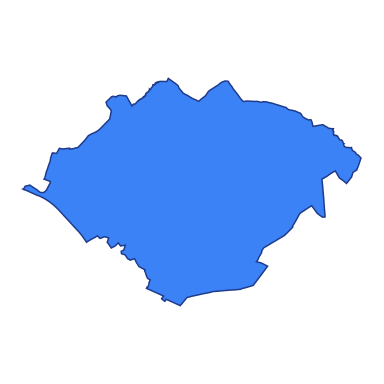 Cēres pag., Kandavas, Latvia (orthographic projection)
{"feature_id": "27541924B40515635146837", "entity_name": "Cēres pag.", "entity_type": "district", "adm_level": 2, "iso_a3": "LVA", "parent_name": "Latvia", "parent_adm1": "Kandavas", "projection": "orthographic", "projection_center": [22.846, 57.111], "detail": "fine", "context": "isolated", "style": "filled", "palette": "blue", "viewbox_px": 384, "rotation_deg": 0, "n_neighbors": 0, "source": "geoboundaries", "source_scale": "gbopen_adm2", "svg_char_len": 5745}
<svg xmlns="http://www.w3.org/2000/svg" viewBox="0 0 384 384"><path d="M165.0,301.2L166.1,299.3L167.0,299.7L169.1,300.6L180.2,305.6L180.3,305.3L181.5,304.2L187.0,297.5L192.9,296.0L199.5,294.6L201.8,294.0L209.8,292.5L212.8,291.6L216.6,291.3L229.7,290.1L234.6,289.9L238.8,289.4L240.1,289.4L242.3,288.5L246.8,287.4L248.6,286.8L253.2,285.4L260.8,275.4L267.6,266.2L263.8,264.2L261.1,262.9L256.4,261.7L258.0,259.6L259.1,256.8L259.2,256.7L261.6,252.7L261.9,250.6L263.6,247.9L266.5,246.2L271.1,243.4L284.4,235.5L286.2,233.8L291.1,228.9L292.8,227.0L292.5,226.3L295.4,221.5L297.5,217.7L298.6,215.6L300.0,213.3L307.5,208.3L311.7,205.7L317.1,213.2L320.2,215.6L322.5,217.1L325.0,217.0L325.0,215.1L324.4,208.5L324.1,204.6L323.8,199.6L322.8,188.0L322.5,184.7L321.9,179.3L321.9,179.1L323.7,178.2L323.9,178.1L324.1,178.0L324.0,177.8L326.6,176.5L331.1,173.3L333.0,172.2L335.3,170.9L339.4,178.0L342.3,180.0L342.5,180.1L345.6,182.7L345.9,182.9L346.5,183.5L347.5,182.3L351.6,177.0L352.7,173.2L353.0,172.4L354.3,171.6L356.8,169.9L356.7,169.6L356.8,169.6L358.1,166.6L361.0,158.1L360.9,158.0L359.2,156.1L358.2,155.1L356.9,154.5L356.3,154.0L356.0,153.8L355.9,153.3L355.6,152.7L354.9,152.0L353.5,151.1L352.7,150.7L352.3,150.3L351.9,149.0L351.7,148.5L351.6,148.2L351.5,147.5L350.5,147.8L348.1,147.4L346.5,147.6L346.2,147.5L344.7,146.7L344.0,145.8L343.8,145.0L343.5,144.2L344.0,143.7L343.5,143.5L343.1,142.6L342.4,140.8L341.6,140.0L341.2,140.2L339.7,139.9L339.2,139.1L339.2,138.9L338.9,138.5L338.9,138.3L338.4,137.8L337.6,136.3L337.3,136.0L337.0,136.1L336.8,135.6L336.5,135.5L336.4,135.7L336.0,135.8L335.5,135.4L335.3,135.2L334.7,135.3L333.8,135.2L333.7,134.7L333.8,134.2L333.5,134.1L333.4,133.4L333.5,132.4L333.8,132.0L333.5,131.8L333.2,131.1L333.3,130.6L333.1,130.4L333.2,130.2L332.7,129.8L332.7,129.4L332.8,129.1L333.2,128.9L333.3,128.7L330.7,128.6L329.6,128.3L328.7,128.3L325.9,126.4L324.8,126.2L324.3,125.5L322.8,124.7L317.4,125.6L313.0,126.4L312.7,125.3L311.9,121.8L310.9,119.7L308.5,120.0L306.9,119.1L306.4,119.2L304.6,117.9L303.4,117.3L302.3,116.3L301.4,114.4L300.2,113.1L299.5,112.9L297.5,112.1L295.4,111.0L293.6,110.8L293.1,110.5L291.2,110.1L290.0,110.0L288.7,109.7L288.2,109.4L286.9,108.4L286.2,107.5L283.6,106.8L278.6,105.2L277.2,104.8L271.8,103.1L270.1,102.8L268.0,102.3L266.7,101.9L264.7,101.8L263.8,101.6L260.8,102.3L260.0,102.1L258.4,101.6L257.6,101.4L254.1,101.4L246.5,101.0L243.5,101.6L242.9,101.1L241.4,99.6L240.0,97.8L237.8,94.7L236.2,92.6L234.8,90.9L233.9,89.7L233.1,88.7L231.8,86.4L231.0,85.5L230.2,84.5L228.9,82.5L228.2,81.3L226.8,81.1L224.9,81.0L221.3,82.4L219.8,83.6L218.5,84.8L214.8,87.1L212.2,88.8L210.8,89.6L208.3,91.5L207.7,92.6L206.1,94.9L205.0,96.2L201.6,98.7L200.6,99.6L199.1,101.0L198.5,101.4L197.7,100.8L196.7,100.3L195.7,99.9L192.3,98.4L189.9,96.9L187.2,95.2L185.2,94.4L182.8,92.8L181.7,91.2L180.5,90.0L179.0,88.0L178.0,85.6L177.0,84.8L174.8,83.0L174.3,82.7L168.3,78.4L166.9,81.5L159.7,81.4L159.5,81.5L158.4,82.2L158.1,81.8L157.8,82.0L157.7,82.4L157.4,82.0L156.6,82.3L156.4,82.8L155.8,82.8L155.8,83.3L155.4,83.2L155.3,84.1L154.9,84.0L154.6,84.7L154.4,84.9L153.4,84.7L153.2,85.1L152.8,85.0L152.7,85.8L152.6,86.1L152.3,86.8L151.8,87.6L151.4,87.7L151.1,88.3L150.7,89.2L150.2,89.3L150.1,89.6L149.5,89.1L149.5,89.7L148.8,90.8L148.8,91.1L148.8,91.5L148.3,91.6L147.9,92.1L147.7,92.1L147.5,92.4L147.2,92.3L146.9,92.9L146.4,93.0L146.1,93.5L145.8,93.6L145.6,94.1L145.6,94.5L145.4,95.0L145.7,95.2L145.7,95.4L145.4,95.8L145.0,95.9L145.0,96.1L144.7,96.1L144.6,96.5L144.3,96.6L144.2,96.4L143.9,96.7L143.5,96.6L143.3,96.7L143.2,97.3L143.3,97.4L142.9,97.6L142.9,97.8L142.7,97.8L142.6,98.1L142.1,98.3L141.8,98.4L141.8,98.5L141.3,98.6L140.9,98.9L141.0,99.0L140.7,99.2L140.0,99.3L140.0,99.6L139.3,100.1L139.1,100.0L138.8,100.2L138.3,100.8L138.2,100.8L137.8,101.3L137.6,101.3L137.6,101.5L137.3,101.7L135.9,103.2L135.7,103.5L135.1,104.0L134.6,104.0L134.2,104.1L134.0,104.3L133.5,104.2L133.5,104.3L132.6,105.1L132.0,106.0L131.8,105.7L130.3,103.0L126.5,96.2L126.4,96.0L124.2,95.7L120.4,95.3L119.2,95.4L117.6,95.8L116.3,96.7L116.0,97.2L115.1,96.7L114.4,96.5L112.8,96.3L111.5,96.8L106.0,102.2L107.3,105.9L109.4,108.2L109.5,108.1L111.4,110.9L111.3,111.0L109.7,119.0L102.3,126.6L99.0,129.9L95.8,132.0L93.4,133.1L92.5,133.5L91.8,133.7L90.0,134.8L88.4,135.6L85.7,139.1L84.6,140.5L78.0,147.4L77.4,147.6L75.9,147.8L74.0,148.5L69.7,149.2L69.6,148.2L64.1,148.8L63.3,149.0L61.2,148.7L59.4,148.3L56.6,153.4L52.9,152.9L52.5,152.9L52.3,153.1L52.1,153.5L50.6,158.2L50.2,161.1L49.2,163.7L48.3,166.3L47.4,169.1L46.6,171.1L46.3,172.0L44.8,178.0L44.7,178.2L44.0,179.1L50.3,181.5L50.3,182.6L46.5,190.0L44.3,192.2L42.4,192.6L40.2,192.4L39.2,191.6L38.0,190.7L37.8,190.5L37.7,190.3L30.1,185.3L30.0,185.1L29.8,185.1L25.2,186.2L24.5,187.4L24.3,187.8L23.9,188.5L23.6,188.9L23.4,189.0L23.0,189.1L24.2,189.8L26.1,190.3L37.8,195.6L38.5,195.6L41.0,196.8L42.4,197.5L44.8,198.8L46.3,199.7L48.7,201.3L50.0,202.2L51.1,203.1L53.4,204.9L54.5,205.8L55.6,206.9L57.8,209.0L77.1,230.0L79.1,232.1L79.8,233.0L81.0,234.5L82.0,235.7L82.8,236.8L83.6,238.0L86.6,242.3L87.3,241.7L91.4,239.2L95.2,237.3L97.5,235.8L99.5,238.0L100.3,238.4L104.4,236.7L108.7,237.9L107.2,242.3L108.8,244.2L109.1,244.8L111.3,248.0L114.7,246.2L115.3,245.9L118.2,242.9L120.6,246.0L122.5,245.6L125.3,245.3L123.7,250.1L121.2,251.3L121.4,253.2L121.6,253.8L123.8,254.4L125.3,255.1L127.6,258.7L128.5,259.2L130.2,259.8L130.2,260.1L134.6,258.7L136.3,262.3L139.0,266.6L144.4,269.5L144.8,269.8L145.0,269.8L144.6,271.0L144.9,271.5L145.3,272.2L146.3,275.5L146.7,276.4L147.4,278.0L148.0,278.7L150.2,279.8L150.1,280.0L149.0,282.7L149.0,283.7L147.9,287.2L147.1,287.0L146.5,288.4L157.1,293.1L160.6,294.7L163.6,296.1L162.1,297.9L161.6,298.7L162.0,299.2L164.8,301.3L164.9,301.2L165.0,301.2Z" fill="#3b82f6" stroke="#1e3a8a" stroke-width="1.5"/></svg>